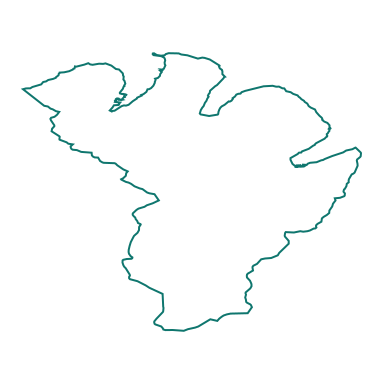 the district of Fjallabyggð, Norðurland eystra, Iceland
{"feature_id": "244011B2207988314752", "entity_name": "Fjallabyggð", "entity_type": "district", "adm_level": 2, "iso_a3": "ISL", "parent_name": "Iceland", "parent_adm1": "Norðurland eystra", "projection": "robinson", "projection_center": [-18.797, 66.047], "detail": "fine", "context": "isolated", "style": "outline", "palette": "teal", "viewbox_px": 384, "rotation_deg": 0, "n_neighbors": 0, "source": "geoboundaries", "source_scale": "gbopen_adm2", "svg_char_len": 5905}
<svg xmlns="http://www.w3.org/2000/svg" viewBox="0 0 384 384"><path d="M163.3,329.5L165.4,330.1L172.7,330.0L183.8,330.8L187.9,329.2L195.1,327.6L198.3,326.5L210.3,319.3L217.3,320.9L219.2,318.7L221.6,316.8L223.6,315.5L226.8,314.4L230.6,313.6L247.7,313.2L251.9,307.2L250.9,305.0L250.3,304.4L247.0,302.7L246.2,301.9L245.9,299.6L245.2,297.5L246.0,294.7L245.5,293.1L245.7,292.4L250.3,288.4L251.5,286.3L251.5,284.6L251.3,283.6L250.0,280.7L247.0,277.5L246.8,275.9L247.0,274.6L247.7,273.7L253.0,270.5L252.5,267.7L252.6,266.7L253.4,265.7L257.0,263.9L261.2,259.3L265.0,258.5L271.2,258.0L277.8,255.3L279.2,252.9L288.7,243.7L288.7,240.9L284.9,236.5L284.7,235.6L285.1,233.0L285.7,232.1L293.9,232.5L300.3,231.2L303.2,231.7L307.4,231.2L309.9,230.5L313.6,228.6L315.4,228.4L316.4,227.5L316.0,226.3L316.1,225.3L317.5,223.9L321.4,221.7L321.9,218.4L323.6,216.9L326.8,215.0L329.2,213.0L329.4,210.5L332.2,206.5L333.0,203.7L335.5,200.5L334.8,198.3L340.0,197.8L344.2,196.2L344.7,195.6L344.9,193.4L343.6,191.9L343.5,191.4L344.0,189.5L344.8,188.9L346.4,186.2L346.8,183.8L348.7,182.3L348.6,180.8L348.9,179.2L350.8,175.9L351.7,174.4L353.4,173.6L354.6,172.6L357.6,165.8L357.5,163.8L356.8,160.6L357.1,159.5L360.2,157.0L360.7,156.2L361.0,153.1L360.6,152.4L355.6,147.6L355.2,147.7L352.4,149.2L346.2,150.5L343.2,152.4L332.3,156.0L324.8,159.0L323.0,160.0L321.3,160.3L316.6,162.2L310.0,162.8L307.8,163.7L306.7,164.9L302.1,164.6L303.8,165.1L302.8,165.6L303.1,165.8L304.1,165.3L305.3,165.6L303.9,166.5L302.1,166.6L302.5,166.2L301.9,166.6L299.8,166.6L299.9,166.0L299.5,166.6L297.3,166.6L297.3,167.0L296.3,167.0L296.4,165.9L296.8,165.5L300.1,165.5L301.3,165.3L300.6,165.3L301.2,164.8L300.4,165.3L296.5,165.4L295.9,166.9L295.5,166.8L295.7,166.2L294.7,165.7L292.5,163.9L290.5,159.8L290.5,158.1L297.7,154.0L298.9,152.7L301.3,152.5L302.0,151.4L308.8,148.8L313.1,145.7L314.8,144.9L314.9,144.4L316.1,143.2L324.6,138.7L325.9,137.3L327.1,136.5L327.3,135.9L326.8,135.1L326.8,134.1L327.8,133.3L328.4,132.1L329.4,130.9L329.3,130.1L329.7,129.3L329.3,129.1L330.0,128.7L329.3,128.3L330.0,127.7L329.5,127.1L329.5,125.3L327.4,122.9L324.3,121.6L322.3,120.0L322.2,119.7L322.5,119.4L321.8,117.8L319.4,115.7L316.3,112.2L315.0,109.5L310.8,107.6L308.7,106.1L307.3,103.6L304.7,101.9L304.0,100.8L301.4,99.2L300.0,97.7L298.7,96.8L297.6,95.4L293.2,93.9L290.7,92.2L286.2,91.2L284.3,88.4L282.4,88.3L279.0,86.6L276.2,86.7L272.6,85.8L263.6,86.3L245.1,90.9L241.6,92.2L240.5,93.6L238.3,93.8L236.3,94.6L235.0,96.5L232.6,98.2L232.9,98.8L231.5,100.7L229.8,101.6L228.7,101.4L224.6,104.8L221.7,106.4L220.3,107.8L219.3,109.6L218.5,111.8L218.2,114.0L217.7,114.6L209.1,116.0L200.6,114.4L199.8,113.5L200.8,110.1L202.3,107.6L203.6,106.1L204.9,102.9L206.5,100.7L207.2,98.8L208.6,96.7L207.9,95.8L208.6,94.2L209.7,92.9L210.1,90.7L215.2,86.2L217.0,85.1L223.6,78.2L224.1,77.1L225.0,76.8L222.4,74.2L222.4,71.1L221.9,70.3L221.9,69.8L219.8,68.4L219.0,66.5L219.6,65.8L219.4,65.5L209.8,59.5L204.6,57.9L202.3,57.6L197.9,58.6L187.4,55.3L181.3,54.5L178.7,53.4L168.6,53.2L165.8,54.1L164.6,55.3L161.1,55.7L156.8,55.0L154.0,53.3L152.8,53.5L152.7,54.2L153.5,55.1L161.3,56.2L164.1,57.6L164.7,58.5L165.2,60.3L164.6,62.5L164.8,64.3L165.4,65.3L163.8,68.8L162.0,69.6L160.9,69.5L162.2,70.5L161.5,71.0L160.4,70.9L161.7,72.1L160.2,74.1L159.9,75.9L157.8,78.0L155.1,78.7L155.6,79.5L155.4,80.5L154.8,81.9L154.8,82.8L153.4,85.7L151.1,88.1L149.0,89.2L147.5,89.3L146.4,91.9L143.4,94.2L141.7,94.8L142.0,95.0L141.9,95.5L137.1,97.7L136.9,98.5L132.8,101.2L128.6,104.8L126.0,105.6L123.9,105.4L121.7,106.1L114.6,110.7L112.2,111.0L111.8,111.5L109.8,110.5L112.5,107.5L113.9,105.3L118.3,105.0L119.0,104.6L118.8,104.1L120.2,102.5L116.7,102.1L116.8,101.3L116.5,102.1L114.9,101.9L115.3,100.8L116.2,101.0L116.1,100.5L115.6,100.4L116.4,100.4L115.4,100.2L116.3,99.0L116.9,99.0L116.5,98.7L117.0,98.4L117.9,98.5L117.6,99.1L119.2,99.2L119.0,99.8L119.3,99.8L119.5,99.3L120.3,99.9L121.4,100.0L122.7,99.7L121.9,99.3L124.1,97.0L125.0,97.0L125.6,96.2L124.8,96.9L124.0,96.8L124.1,96.2L124.7,96.2L124.6,94.9L124.3,94.8L125.6,94.6L127.2,95.2L125.6,94.4L122.9,93.9L122.2,94.1L119.9,93.4L119.8,92.8L120.3,92.0L122.8,88.9L123.6,86.7L124.5,86.0L124.2,85.4L125.3,83.7L124.5,80.9L123.4,79.5L123.7,76.5L123.1,75.6L122.8,73.4L119.0,69.5L115.9,69.0L111.4,65.6L105.5,63.4L103.1,63.9L99.1,63.7L92.6,64.8L90.2,64.4L88.3,63.2L84.4,64.6L76.1,66.7L75.0,66.4L74.5,68.5L73.3,68.8L72.9,69.5L69.2,71.2L64.1,72.3L59.6,72.6L59.5,73.2L58.8,73.7L58.5,75.3L55.9,77.3L55.8,77.8L53.1,78.9L48.2,80.0L46.1,81.4L43.2,82.0L41.2,84.4L32.4,87.0L30.3,88.3L26.0,88.4L23.0,89.2L44.2,105.8L47.9,106.5L50.5,108.6L52.7,109.3L56.0,111.2L59.2,111.9L57.1,114.7L55.9,115.7L54.5,116.8L51.1,117.8L50.4,118.9L51.0,120.4L54.3,125.3L54.3,126.3L52.1,128.7L51.6,131.3L59.4,136.3L59.7,136.7L59.4,139.2L59.6,139.7L66.6,142.3L68.3,143.7L72.8,144.4L70.6,146.4L70.8,147.8L71.5,149.0L72.7,149.7L76.9,150.1L81.2,151.9L91.6,152.7L91.9,155.4L93.0,156.6L94.6,157.4L98.1,157.6L100.1,161.0L102.4,162.4L103.7,162.8L114.6,163.2L115.7,163.7L117.3,165.3L123.3,169.4L127.7,171.4L126.2,173.2L125.8,175.8L123.1,178.3L121.1,179.3L121.3,179.6L125.9,181.9L128.6,182.6L131.2,183.9L134.5,186.3L139.7,188.4L142.5,189.1L147.1,192.5L149.4,193.3L154.5,194.2L158.8,200.4L152.7,203.3L146.8,205.3L144.5,206.8L138.5,208.6L136.5,209.9L133.0,213.2L132.7,213.8L132.7,214.8L133.8,216.3L135.2,217.5L135.7,219.1L137.3,221.1L138.0,223.0L140.5,224.1L140.7,224.6L139.1,227.0L139.0,230.1L137.5,232.8L134.1,235.8L133.3,237.2L130.8,242.1L129.6,246.0L128.7,249.9L128.6,252.0L129.0,253.8L130.7,256.2L132.4,257.4L132.2,258.3L131.3,258.8L126.8,259.0L123.3,259.8L122.6,260.4L122.5,262.6L123.4,265.3L124.2,266.7L125.7,268.2L129.7,274.6L129.9,275.6L129.1,276.9L129.1,277.7L129.2,278.4L130.0,279.2L137.5,281.2L145.7,285.4L149.4,287.8L162.6,293.9L163.2,306.7L163.5,307.9L163.2,311.2L162.9,312.0L156.5,318.7L154.3,321.4L154.2,322.5L154.6,323.8L155.3,324.4L161.3,326.5L162.9,328.4L163.3,329.5Z" fill="none" stroke="#0f766e" stroke-width="2"/></svg>